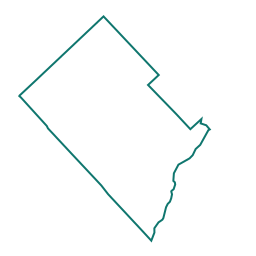 Skamania, Washington, United States of America (Albers equal-area conic projection), rotated 317°
{"feature_id": "52423323B13974884585376", "entity_name": "Skamania", "entity_type": "district", "adm_level": 2, "iso_a3": "USA", "parent_name": "United States of America", "parent_adm1": "Washington", "projection": "albers", "projection_center": [-121.935, 45.968], "detail": "fine", "context": "isolated", "style": "outline", "palette": "teal", "viewbox_px": 256, "rotation_deg": 317, "n_neighbors": 0, "source": "geoboundaries", "source_scale": "gbopen_adm2", "svg_char_len": 717}
<svg xmlns="http://www.w3.org/2000/svg" viewBox="0 0 256 256"><g transform="rotate(317 128 128)"><path d="M186.6,110.2L186.2,29.7L90.7,30.3L71.0,30.3L70.3,30.5L70.5,32.6L70.0,71.1L69.2,73.7L69.2,108.0L69.3,151.8L68.3,162.9L68.3,210.7L68.2,226.3L76.0,222.5L78.9,219.3L86.0,217.8L87.8,218.1L88.4,218.2L90.6,218.5L92.4,218.0L101.8,211.9L105.3,210.6L108.4,210.5L111.8,208.8L112.3,208.4L115.0,206.5L116.3,204.0L116.9,203.7L119.6,203.9L121.8,202.7L124.0,201.5L125.2,199.7L125.1,197.6L130.7,192.4L139.9,189.2L152.3,192.2L156.8,192.0L163.2,189.5L169.3,189.6L185.3,184.4L186.8,184.8L187.1,179.4L184.3,174.2L187.8,171.5L172.8,171.4L172.8,150.9L172.0,110.2L186.6,110.2Z" fill="none" stroke="#0f766e" stroke-width="2"/></g></svg>